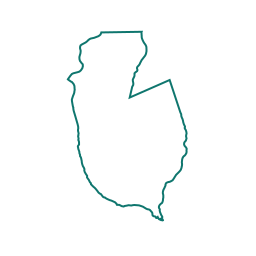 La Pointe, Choiseul, Saint Lucia, rotated 338°
{"feature_id": "8701671B32861116669136", "entity_name": "La Pointe", "entity_type": "district", "adm_level": 2, "iso_a3": "LCA", "parent_name": "Saint Lucia", "parent_adm1": "Choiseul", "projection": "mercator", "projection_center": [-61.064, 13.794], "detail": "fine", "context": "isolated", "style": "outline", "palette": "teal", "viewbox_px": 256, "rotation_deg": 338, "n_neighbors": 0, "source": "geoboundaries", "source_scale": "gbopen_adm2", "svg_char_len": 5122}
<svg xmlns="http://www.w3.org/2000/svg" viewBox="0 0 256 256"><g transform="rotate(338 128 128)"><path d="M90.5,60.3L90.7,60.8L92.5,63.6L93.2,64.3L94.0,66.7L94.1,68.6L93.9,69.5L93.2,71.5L93.1,71.8L93.0,72.4L92.1,73.9L91.8,74.3L91.5,75.0L90.4,76.3L89.1,77.6L87.4,79.6L86.6,80.6L86.1,82.1L85.2,86.3L84.9,88.0L85.0,88.4L84.5,89.7L84.1,91.6L83.6,96.9L83.1,101.7L82.7,105.6L82.3,108.1L81.7,109.8L81.1,110.7L80.6,111.9L80.2,114.5L79.5,115.6L79.1,116.5L78.7,116.8L78.3,118.8L78.1,119.6L77.6,120.2L77.4,121.0L77.5,121.8L77.2,123.0L76.4,125.0L75.4,125.6L74.8,126.0L74.5,126.6L74.4,127.6L74.1,128.7L74.0,131.6L73.5,133.2L73.5,134.8L73.0,136.3L73.3,137.4L73.2,138.6L72.9,140.1L72.8,141.0L72.3,142.6L72.0,144.4L71.9,146.4L72.2,148.3L72.2,149.8L71.8,150.5L71.6,150.9L71.4,152.5L71.7,154.8L72.2,157.0L71.5,158.5L71.9,160.2L72.2,161.2L72.4,164.0L72.9,165.3L72.6,166.3L73.2,167.8L74.0,169.7L74.6,170.7L75.3,172.5L76.1,175.2L76.5,176.9L77.4,178.4L78.1,179.1L79.0,182.4L79.5,183.1L79.9,183.4L80.5,183.7L80.9,184.5L82.0,185.9L83.9,187.9L85.5,189.2L87.3,191.1L88.3,192.2L88.5,192.9L89.0,193.9L89.0,194.4L88.9,194.6L88.9,195.0L89.8,195.5L91.1,196.0L92.0,197.0L92.8,198.0L94.4,199.1L94.9,199.2L95.4,199.0L97.7,199.5L99.6,199.8L102.0,201.1L103.8,201.4L105.1,201.8L107.5,203.0L109.3,203.9L111.4,205.7L112.4,206.6L114.6,209.6L115.6,210.6L116.9,211.4L117.6,212.2L118.7,215.4L118.5,216.7L118.1,217.9L118.1,218.4L118.5,219.1L119.2,219.8L119.9,220.1L120.2,220.5L120.4,221.0L120.4,221.6L120.5,222.0L121.4,222.3L121.5,222.1L121.9,221.7L122.2,221.6L122.2,222.0L122.3,222.8L122.6,224.1L123.6,225.2L124.1,224.6L124.6,225.0L124.7,226.1L125.4,226.6L125.6,226.6L125.8,226.6L125.9,225.8L125.6,225.4L124.9,224.7L125.2,224.3L125.9,224.0L126.2,223.8L126.5,223.3L126.5,223.0L126.4,222.2L126.2,221.2L126.2,220.3L126.2,219.0L126.2,217.8L126.5,216.3L126.9,215.6L127.0,215.2L127.0,214.8L126.9,214.4L126.8,213.7L127.0,212.9L127.5,212.1L128.6,211.2L130.2,210.5L131.3,210.3L132.0,209.8L133.1,208.5L134.0,206.7L134.6,205.9L135.5,203.7L135.6,203.3L135.7,202.7L135.8,202.2L135.8,201.9L135.9,201.5L136.1,201.0L136.3,200.5L136.5,200.2L137.0,199.5L137.3,199.0L137.7,198.7L137.9,198.4L138.3,198.1L138.6,197.8L139.1,197.4L139.5,197.0L139.7,196.9L140.1,196.4L140.4,196.1L140.8,195.8L141.0,195.6L141.2,195.4L141.4,195.0L141.5,194.6L141.7,194.4L142.0,194.0L142.2,193.8L142.6,193.5L142.9,193.3L143.1,193.3L143.5,193.2L143.9,193.2L144.3,193.2L144.7,193.2L145.1,193.2L145.3,193.2L145.8,193.4L146.0,193.4L146.4,193.5L146.7,193.5L147.3,193.5L147.6,193.5L147.8,193.4L148.4,193.4L148.9,193.3L149.7,193.2L150.7,192.6L150.8,192.5L151.4,192.1L152.0,191.7L152.5,191.3L152.8,191.1L153.0,190.9L153.5,190.6L154.0,190.2L154.6,189.8L154.8,189.6L155.4,189.3L155.9,189.1L156.6,188.8L158.3,188.1L159.6,187.5L160.0,187.3L160.3,187.1L160.6,187.0L160.9,186.8L161.2,186.5L161.5,186.3L161.7,186.1L162.0,185.7L162.3,185.4L162.6,185.1L162.9,184.7L163.1,184.2L163.4,183.9L163.9,183.2L164.1,182.7L164.3,182.4L164.5,182.0L164.6,181.6L164.8,181.1L164.9,180.6L165.0,180.2L165.2,179.7L165.6,179.0L166.3,177.7L166.6,177.2L167.1,176.6L167.4,176.3L167.5,176.1L167.9,175.9L168.1,175.7L168.4,175.4L168.7,175.3L168.9,175.2L169.2,175.0L169.5,175.0L169.9,174.9L170.1,174.8L170.5,174.7L171.0,174.4L171.3,174.2L171.6,174.0L171.9,173.8L172.2,173.5L172.5,173.3L172.6,173.2L172.9,172.9L173.0,172.6L173.2,172.3L173.4,172.0L173.5,171.7L173.6,171.4L173.7,171.0L173.9,170.6L174.0,170.4L174.1,170.1L174.6,169.4L174.6,168.3L174.4,167.4L173.8,165.7L173.8,164.4L174.4,163.0L175.4,162.1L176.9,161.4L178.4,159.5L178.7,157.5L179.2,156.5L180.3,154.9L180.7,153.1L180.8,151.5L180.5,149.8L180.6,149.1L181.1,148.6L181.4,147.9L181.3,146.9L181.2,145.4L181.4,143.2L181.7,142.0L181.9,140.1L181.8,138.5L181.9,136.9L182.5,135.1L182.4,133.7L182.4,132.9L184.6,99.1L141.0,100.4L147.3,91.4L149.0,90.0L149.7,88.5L150.0,86.9L150.1,86.6L150.1,86.2L150.3,85.7L150.5,85.2L150.7,84.8L151.0,84.5L151.4,84.2L151.8,83.8L152.2,83.4L152.6,83.1L153.2,82.5L153.5,82.1L153.8,81.5L154.1,80.8L154.3,80.2L154.5,79.8L154.7,79.6L155.1,79.5L155.6,79.2L156.1,79.1L156.8,78.9L157.8,78.6L158.2,78.2L158.4,77.9L158.6,77.2L158.6,76.8L158.7,76.0L158.8,75.7L159.2,75.2L159.5,74.9L160.2,74.5L160.8,74.3L161.2,74.1L161.9,73.7L162.3,73.5L163.0,72.9L163.8,72.1L165.0,71.1L166.0,70.2L167.6,69.3L169.1,68.4L170.7,67.5L171.7,66.7L172.2,66.2L172.7,65.6L173.2,64.8L173.7,64.1L174.0,63.5L174.2,63.0L174.5,62.3L174.8,61.4L175.0,60.9L175.2,60.3L175.4,59.8L175.4,59.5L175.5,58.8L175.4,58.0L175.4,57.5L175.3,57.0L175.1,56.3L174.9,55.6L174.7,54.4L174.6,53.7L174.6,53.3L174.5,52.4L174.5,51.2L174.5,50.8L174.5,50.2L174.6,49.5L174.7,49.1L174.9,48.5L175.1,47.9L175.3,47.5L175.4,47.0L175.6,46.5L175.7,46.0L175.9,45.6L176.1,45.0L176.2,44.5L176.7,43.9L139.1,29.4L138.9,29.7L138.6,29.9L137.6,31.0L136.3,31.5L134.8,31.8L130.4,31.7L126.9,31.1L125.6,31.2L123.6,31.8L122.9,32.2L120.9,32.8L116.2,33.3L114.9,33.7L113.9,34.9L113.3,36.5L113.2,37.8L113.0,38.8L111.9,40.9L110.4,42.8L109.5,44.0L108.8,46.0L108.6,47.8L108.9,48.9L109.2,50.2L109.9,52.0L109.3,53.8L108.0,55.5L105.9,56.9L104.1,57.5L102.3,57.4L99.4,57.0L97.8,56.8L96.2,56.9L94.1,58.0L90.5,60.3Z" fill="none" stroke="#0f766e" stroke-width="2"/></g></svg>